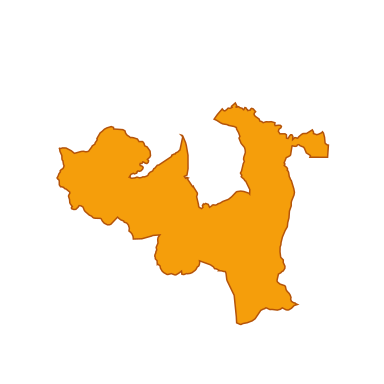 Xochiltepec, Puebla, Mexico, rotated 112°
{"feature_id": "50627088B32786455313367", "entity_name": "Xochiltepec", "entity_type": "district", "adm_level": 2, "iso_a3": "MEX", "parent_name": "Mexico", "parent_adm1": "Puebla", "projection": "albers", "projection_center": [-98.341, 18.653], "detail": "fine", "context": "isolated", "style": "filled", "palette": "amber", "viewbox_px": 384, "rotation_deg": 112, "n_neighbors": 0, "source": "geoboundaries", "source_scale": "gbopen_adm2", "svg_char_len": 6040}
<svg xmlns="http://www.w3.org/2000/svg" viewBox="0 0 384 384"><g transform="rotate(112 192 192)"><path d="M272.2,197.0L271.7,196.7L272.4,194.2L272.7,193.8L274.4,192.8L276.5,190.1L277.3,188.1L277.8,184.3L277.5,183.4L275.4,180.6L275.3,177.0L274.9,175.9L272.3,173.9L269.3,172.1L272.0,170.6L271.8,169.2L271.4,168.4L269.7,166.6L269.5,165.6L268.2,163.3L266.7,161.7L263.4,159.7L262.2,159.3L259.4,159.0L258.3,158.1L256.8,158.0L254.6,158.4L253.0,159.3L252.6,147.7L253.4,144.0L254.6,142.4L254.6,141.9L254.1,140.9L254.5,137.1L254.8,137.3L254.0,135.0L253.8,132.8L253.3,131.3L254.8,129.9L260.1,127.0L261.2,126.1L272.0,114.2L291.0,104.2L296.6,101.6L296.7,97.8L296.5,97.0L294.9,95.5L292.5,91.8L288.9,87.9L285.9,86.0L276.0,83.9L274.0,82.2L272.8,80.7L272.0,80.5L271.6,79.6L271.8,75.8L270.9,73.8L269.5,68.6L267.6,66.1L265.6,64.9L266.0,60.6L265.5,58.9L265.0,58.1L262.5,56.2L258.9,54.7L256.8,52.1L256.7,54.0L256.3,54.8L256.6,56.4L256.1,58.9L254.4,60.4L252.7,60.7L250.8,62.4L249.6,64.0L248.5,66.5L247.3,68.2L244.6,70.0L244.1,71.0L244.4,75.9L243.5,78.8L242.9,79.6L242.0,80.1L235.7,81.1L233.6,79.4L231.9,78.7L231.1,77.9L228.1,77.3L226.0,78.0L223.2,81.0L220.8,81.9L219.3,85.3L214.5,88.0L210.0,89.7L207.7,89.8L205.5,90.5L199.8,91.3L192.9,91.2L188.5,90.6L184.4,91.8L179.7,92.4L173.2,94.5L167.7,94.8L164.7,96.0L163.0,96.3L156.6,96.3L153.9,96.9L150.9,98.8L144.2,104.2L143.6,105.3L142.2,106.5L141.4,107.5L137.6,109.8L136.6,110.8L136.2,111.9L135.0,112.0L134.5,112.3L133.7,113.4L132.9,116.4L131.9,116.2L131.4,116.7L130.8,116.7L130.5,117.5L124.8,117.5L123.0,115.8L121.5,114.7L120.6,114.5L111.9,116.5L111.6,116.4L111.3,114.3L110.8,112.9L110.1,112.1L108.9,111.9L108.3,111.3L108.1,110.2L108.6,109.3L108.6,105.4L109.4,104.1L112.9,100.7L113.7,96.4L114.1,95.7L115.6,95.7L109.0,79.3L97.4,83.1L97.7,84.3L97.0,86.6L96.5,87.1L91.6,89.6L88.1,92.2L87.3,93.6L88.5,94.0L91.1,96.4L92.1,97.8L92.3,101.3L91.0,101.7L89.3,103.7L94.8,107.7L96.2,110.9L97.5,112.0L100.8,113.7L102.5,114.2L102.8,115.0L102.7,116.0L103.2,117.2L105.7,118.3L102.7,119.3L101.5,120.9L101.9,121.9L103.0,122.4L106.4,123.0L106.7,124.5L103.6,125.9L103.2,127.6L105.1,132.3L103.4,134.7L101.2,134.9L99.1,133.6L97.6,133.7L97.1,135.0L97.6,136.6L99.3,139.8L98.5,140.6L96.7,141.0L97.1,144.9L98.2,147.0L99.1,149.6L101.1,152.0L100.6,153.7L100.8,155.7L99.2,157.1L98.2,161.4L97.6,162.7L96.5,163.7L95.1,163.7L93.7,163.1L92.0,166.4L92.1,168.1L93.1,168.7L94.2,168.6L95.6,170.8L94.8,171.6L94.9,172.1L93.7,173.6L93.9,174.6L96.3,174.8L96.5,175.1L95.6,176.7L95.9,179.7L95.4,180.6L95.7,181.5L96.5,182.1L96.8,182.8L96.7,183.0L95.5,182.6L93.2,185.2L97.8,187.5L98.5,186.5L100.2,188.1L100.6,189.7L101.1,190.2L102.3,190.5L104.5,191.9L104.6,193.3L103.6,195.1L110.7,197.5L116.2,198.8L116.3,195.9L117.2,191.2L117.3,188.9L116.4,184.9L116.3,183.8L116.6,183.4L115.5,177.5L115.6,175.0L116.9,174.3L119.5,171.1L122.5,168.4L124.4,168.6L124.8,168.3L128.5,164.7L131.0,160.1L133.0,158.5L135.5,157.3L140.2,157.0L142.3,156.5L144.0,154.9L146.5,155.1L154.3,153.9L156.1,154.2L156.8,153.8L157.3,152.6L158.0,152.1L159.4,152.1L160.8,148.3L161.5,147.6L161.8,146.9L161.8,146.3L168.1,139.3L172.3,137.8L171.8,138.7L172.1,144.1L172.9,147.2L174.8,150.5L175.6,151.1L181.5,153.4L185.2,155.5L189.3,160.0L191.7,161.7L193.2,163.6L193.8,163.7L195.1,165.0L195.4,165.4L195.9,167.4L196.6,168.3L197.5,168.5L199.6,170.0L197.4,172.3L197.5,175.1L199.4,176.5L199.0,177.0L200.7,177.3L202.2,176.1L203.8,176.9L203.6,179.4L202.9,180.4L201.2,181.3L194.6,186.0L191.8,186.2L190.8,186.9L186.9,192.3L186.1,193.0L186.8,193.5L181.4,201.4L180.4,200.7L180.4,202.2L181.7,203.1L180.4,205.0L178.2,203.0L171.9,204.4L159.4,209.5L151.0,214.7L148.6,216.5L143.6,221.5L143.2,222.4L143.3,223.3L144.2,221.3L157.6,218.9L158.2,219.4L159.3,219.7L160.1,220.1L162.0,221.8L162.9,221.8L163.5,222.8L165.5,224.6L166.6,224.3L167.4,224.7L179.4,232.9L180.2,234.2L183.9,235.4L184.6,236.1L187.3,236.4L189.3,238.2L191.4,239.1L192.4,238.9L194.2,239.9L195.9,241.9L196.3,243.2L197.3,244.1L198.5,245.8L198.8,248.6L200.4,250.3L201.9,253.1L201.9,254.6L201.1,255.0L201.5,255.7L198.4,255.2L196.6,253.3L196.8,252.2L195.3,250.4L194.7,250.5L193.9,250.2L193.7,250.5L193.1,250.3L192.7,249.9L192.5,248.4L191.3,247.1L189.0,246.3L187.5,246.5L187.2,246.8L186.7,248.2L186.9,249.8L186.1,250.6L184.9,250.7L184.4,249.2L183.6,248.9L182.6,249.0L182.4,248.8L182.5,247.0L182.8,246.4L182.6,244.9L182.5,244.5L181.4,243.9L180.6,243.7L179.2,244.0L178.5,245.6L175.6,244.2L173.8,244.1L169.8,246.2L167.0,250.5L166.9,253.1L164.9,254.7L164.0,256.1L163.8,256.9L165.1,260.0L163.3,262.5L163.6,266.5L164.0,268.3L164.6,269.4L164.1,271.0L163.7,273.3L162.4,275.5L160.4,277.1L160.1,279.5L162.9,288.2L161.5,289.0L161.6,291.4L164.4,294.9L166.5,296.7L169.4,298.0L171.6,299.3L178.0,300.2L178.3,300.1L178.4,299.7L179.0,299.5L180.6,299.7L182.4,300.2L184.0,300.0L186.7,301.8L187.7,301.8L192.7,303.1L193.3,303.5L194.5,305.4L194.9,307.9L195.9,309.9L200.2,315.5L199.0,319.3L198.4,325.3L199.7,328.7L200.4,329.4L201.0,330.5L201.2,331.9L201.3,331.1L203.8,329.6L207.0,326.3L210.2,324.9L211.1,324.1L211.4,323.4L214.7,321.4L215.6,320.4L217.3,320.3L218.8,320.5L220.1,321.6L221.9,322.2L222.3,321.7L222.8,321.6L224.9,322.2L227.6,322.1L229.5,322.4L230.3,321.3L230.3,320.5L231.3,319.3L235.1,317.7L236.4,315.8L236.0,314.9L235.8,312.7L236.4,311.8L236.6,310.8L236.4,310.0L237.8,305.4L238.8,304.8L241.4,305.1L242.2,304.9L244.9,302.7L247.7,301.3L248.5,300.5L250.4,297.5L251.4,298.0L252.1,297.8L252.6,297.3L252.5,295.0L251.6,293.2L248.7,291.9L246.9,291.6L246.4,289.7L246.8,287.4L249.5,284.8L250.2,283.5L251.9,278.6L252.0,276.0L252.7,274.6L252.9,273.4L252.6,272.0L250.8,267.1L250.8,266.3L252.6,264.1L253.8,261.7L254.1,258.1L253.2,256.1L252.2,255.1L243.2,251.6L243.9,249.8L244.5,247.7L244.5,244.5L245.4,243.5L245.2,241.3L245.4,240.5L246.4,238.7L248.9,236.6L251.8,235.8L252.4,233.7L253.4,231.9L255.4,229.9L257.6,228.8L254.1,220.9L248.0,213.0L247.0,212.1L243.8,205.7L246.8,206.4L248.9,206.0L252.1,204.4L256.7,204.5L258.9,203.0L260.7,203.1L262.7,202.7L263.5,202.9L264.6,202.7L265.4,202.5L266.6,201.4L267.7,201.0L268.7,198.7L272.2,197.0Z" fill="#f59e0b" stroke="#b45309" stroke-width="1.5"/></g></svg>